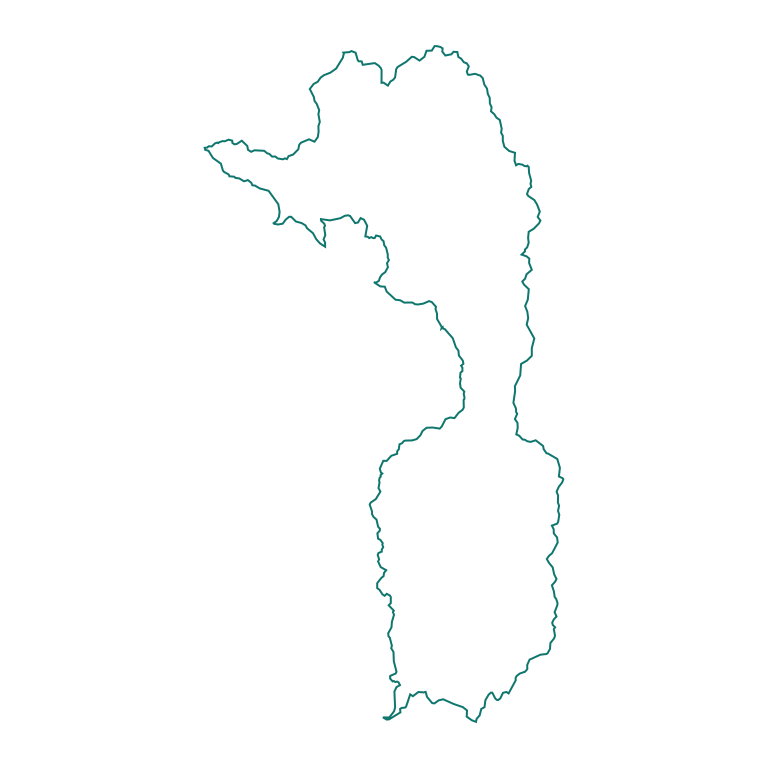 Loja, Loja, Ecuador (orthographic projection)
{"feature_id": "8360857B45302823884127", "entity_name": "Loja", "entity_type": "district", "adm_level": 2, "iso_a3": "ECU", "parent_name": "Ecuador", "parent_adm1": "Loja", "projection": "orthographic", "projection_center": [-79.286, -4.091], "detail": "fine", "context": "isolated", "style": "outline", "palette": "teal", "viewbox_px": 768, "rotation_deg": 0, "n_neighbors": 0, "source": "geoboundaries", "source_scale": "gbopen_adm2", "svg_char_len": 6054}
<svg xmlns="http://www.w3.org/2000/svg" viewBox="0 0 768 768"><path d="M383.3,460.8L379.8,468.7L380.9,472.5L382.3,473.5L380.6,475.1L380.7,476.7L379.6,477.9L379.1,480.4L379.5,482.7L378.5,488.0L380.4,491.6L375.8,499.1L370.7,502.6L369.7,504.6L372.1,511.7L372.0,514.0L373.4,516.8L376.5,519.6L378.1,526.7L379.9,528.8L379.8,530.7L377.4,533.3L378.1,538.7L380.4,539.9L382.7,543.1L382.3,544.6L383.2,547.2L381.7,549.6L381.8,551.6L378.5,553.0L377.7,554.9L379.1,559.3L378.1,561.5L380.7,567.1L386.2,570.2L384.1,572.8L383.5,576.3L381.5,577.7L377.2,583.2L377.2,588.1L379.5,589.8L382.5,594.4L384.6,595.8L386.7,593.8L390.0,595.6L390.8,597.1L390.8,603.1L388.7,605.3L393.8,610.7L392.9,612.0L394.0,614.8L391.9,621.9L391.5,627.3L388.2,633.3L388.5,636.2L389.8,637.7L391.9,645.8L391.2,648.2L393.5,652.0L393.8,661.2L396.5,671.8L395.7,673.5L390.2,675.9L390.1,678.5L392.6,681.4L393.8,681.0L395.2,682.0L397.1,681.6L398.5,682.3L400.0,685.1L396.5,687.1L394.4,691.6L395.1,707.6L394.0,711.4L389.3,717.5L382.9,717.4L386.8,719.6L389.2,719.3L400.4,712.4L400.1,708.9L401.7,707.9L405.1,707.6L406.1,706.6L410.2,694.4L412.9,696.2L418.4,692.0L423.7,692.4L425.6,691.9L427.1,697.0L432.2,703.1L434.4,703.4L438.8,700.3L443.2,699.3L453.7,704.0L462.8,707.1L467.0,710.4L466.7,716.6L471.7,720.2L476.0,721.9L476.6,718.9L479.6,715.5L481.3,708.9L484.5,707.2L485.4,700.2L488.6,694.7L491.0,692.6L492.3,692.7L495.2,698.4L496.8,699.9L498.2,700.0L500.3,698.4L503.0,692.8L506.4,692.0L508.6,693.4L515.7,680.3L515.6,677.9L516.7,675.9L519.9,673.5L525.1,671.7L527.3,669.1L527.2,665.0L529.6,659.6L540.4,654.7L546.5,654.0L547.7,653.1L550.0,648.9L550.4,643.0L554.2,638.3L555.0,635.6L553.8,629.0L555.1,627.3L552.8,625.0L552.2,622.7L553.8,619.4L556.5,616.5L554.6,612.3L557.4,604.9L557.5,603.0L556.2,599.0L554.6,596.8L554.0,591.8L551.9,585.3L555.1,581.7L556.5,579.0L554.1,574.1L552.7,567.4L549.2,563.2L546.8,559.0L549.0,555.8L552.1,553.2L557.7,542.5L557.1,537.5L553.8,533.4L553.7,529.3L551.9,525.6L557.3,523.6L558.2,521.5L559.3,514.8L558.0,510.9L559.1,505.9L557.9,502.4L558.1,495.5L556.6,491.6L558.8,486.8L562.2,482.4L563.3,479.2L562.6,478.2L558.9,476.5L559.9,467.9L557.3,459.0L548.1,453.6L546.5,453.3L543.7,449.2L543.1,446.0L535.7,440.3L530.6,441.9L527.4,441.3L524.8,439.7L522.6,439.5L519.2,435.7L516.3,434.4L517.7,428.0L517.5,422.9L514.9,419.1L517.2,413.7L516.2,412.3L515.9,408.3L513.4,402.9L515.1,391.2L514.9,386.2L520.2,375.5L521.1,363.9L526.9,360.6L531.8,355.8L531.8,348.1L534.3,338.5L526.7,324.7L528.2,318.1L527.3,311.6L525.1,306.1L527.8,299.6L528.8,289.2L524.0,284.6L522.3,281.5L525.1,278.7L526.6,274.2L531.8,269.8L529.1,263.0L529.3,258.6L526.5,256.3L521.6,254.6L525.0,251.3L524.9,249.6L527.2,247.3L528.7,242.6L528.1,237.9L528.7,231.8L533.8,228.7L539.0,223.4L540.4,220.6L537.7,216.9L539.8,211.6L537.0,204.4L534.4,200.1L528.3,196.0L527.0,194.0L528.8,189.0L531.3,186.9L530.5,183.7L531.2,180.8L529.1,173.0L528.7,166.9L527.4,165.7L526.6,166.3L524.4,166.0L522.5,164.7L518.2,163.9L516.1,165.3L514.5,160.7L515.0,152.8L509.2,151.0L504.4,146.8L502.8,140.9L502.8,135.8L501.1,132.8L501.7,128.7L499.8,120.0L496.4,117.6L494.2,114.1L491.0,111.4L491.6,107.3L489.9,103.6L489.7,97.8L487.8,93.9L487.0,88.6L484.3,84.5L482.7,78.1L480.3,75.6L475.0,73.8L469.1,74.9L467.8,74.5L466.8,71.6L468.8,66.4L466.8,63.4L463.8,62.2L461.2,58.7L458.4,57.0L457.3,52.0L453.5,51.8L451.4,54.3L445.3,55.5L442.3,51.6L442.6,48.4L440.5,47.0L437.2,46.2L434.6,46.1L431.8,50.6L426.5,50.8L424.4,56.8L419.5,60.6L414.2,57.1L411.8,56.8L406.3,61.7L397.5,67.1L396.2,69.2L395.1,77.4L393.3,79.7L390.3,81.6L387.9,85.6L383.5,82.6L381.5,82.8L381.6,70.1L380.9,68.2L378.6,65.6L374.8,63.1L362.7,64.8L361.7,61.4L358.7,61.3L357.8,60.3L355.6,52.7L351.5,51.1L349.4,52.1L343.4,52.6L343.9,53.3L342.8,57.8L336.1,68.6L330.3,72.7L323.9,75.2L320.6,77.6L317.7,81.8L313.7,83.9L309.8,89.0L313.9,97.1L314.5,100.9L316.7,103.8L319.2,110.2L318.4,114.2L319.8,121.9L318.4,126.2L318.6,131.8L317.8,137.1L314.5,141.7L309.0,139.3L301.0,142.7L299.3,144.6L298.3,149.3L293.1,154.6L288.6,156.1L286.9,159.1L284.9,158.4L282.9,159.3L277.9,158.5L275.2,156.5L272.1,156.6L269.2,153.8L267.3,153.4L264.2,150.8L254.5,150.3L251.1,151.8L248.0,149.8L247.3,146.0L241.8,140.7L236.7,144.0L234.4,144.3L232.4,142.9L232.2,140.6L228.5,139.7L224.7,141.3L222.5,141.1L219.1,142.3L218.4,143.1L217.4,142.6L215.1,143.3L211.8,146.4L208.6,146.3L207.2,147.6L204.7,147.8L205.2,149.8L208.5,150.8L213.0,158.0L220.9,163.7L222.9,170.5L224.0,171.9L228.6,174.4L229.4,176.3L234.2,176.7L235.4,177.9L239.2,178.4L244.0,181.3L247.9,180.1L251.3,182.8L252.4,185.3L255.0,185.6L259.7,188.4L268.6,190.8L278.3,204.2L279.6,211.8L279.0,216.8L276.7,221.0L273.6,223.2L273.9,223.7L277.9,224.5L282.7,223.7L285.8,219.5L289.1,216.8L291.2,216.8L295.9,221.5L301.7,223.1L305.6,225.5L307.0,228.2L313.0,233.2L316.3,239.3L320.1,243.5L325.1,246.7L325.1,242.6L323.6,239.5L325.3,235.1L324.1,227.4L325.0,225.8L324.3,223.7L321.1,220.7L321.0,219.1L329.9,220.4L340.4,218.2L344.8,215.8L348.1,215.3L350.1,216.0L355.1,223.1L358.0,222.5L360.6,218.1L364.0,219.7L367.2,225.8L365.3,236.4L367.8,236.8L369.2,238.1L371.2,237.1L373.4,238.2L374.7,238.0L376.1,235.5L380.1,236.5L381.7,239.6L383.5,241.1L384.3,245.4L386.1,247.7L387.8,254.6L387.7,257.5L388.9,260.1L387.0,263.2L387.9,267.2L385.2,272.2L382.0,274.5L380.0,277.4L378.9,280.8L376.1,282.6L373.9,282.2L380.3,286.4L384.8,286.7L386.6,291.5L395.5,299.7L400.2,300.3L404.2,302.6L412.3,302.5L415.1,304.2L417.8,304.5L423.3,303.6L429.1,301.1L431.8,302.1L436.0,306.8L435.5,308.9L437.0,313.6L437.1,319.0L441.8,327.1L441.5,328.4L442.7,327.3L442.9,328.4L445.0,329.3L452.8,338.3L455.9,347.3L458.4,350.6L458.9,355.5L462.8,360.6L463.4,363.8L461.1,365.7L462.4,367.7L462.4,371.1L460.5,372.7L460.0,377.6L460.8,378.6L460.0,383.1L460.6,387.7L464.3,391.6L463.7,394.0L464.4,396.9L464.4,398.9L463.6,400.0L463.8,407.5L462.6,409.8L458.6,412.8L454.5,418.1L450.1,417.5L445.5,419.2L441.7,426.6L439.7,428.6L432.5,427.5L426.5,427.8L422.5,431.0L420.4,435.3L416.6,439.1L412.2,440.4L405.0,440.6L403.6,441.3L402.1,443.2L399.5,444.3L398.8,449.3L397.2,451.2L397.1,453.8L391.3,455.8L386.7,460.9L383.3,460.8Z" fill="none" stroke="#0f766e" stroke-width="2"/></svg>